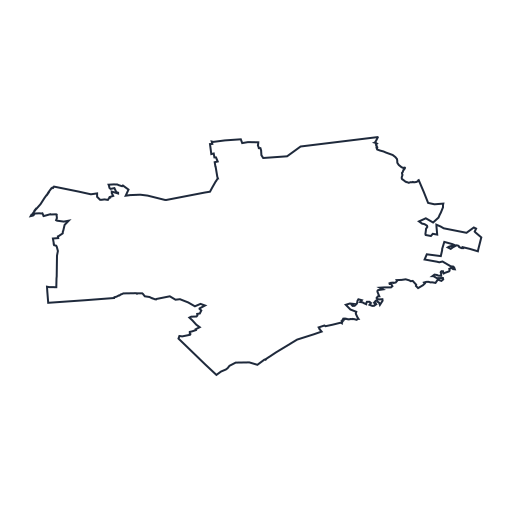 Umurgas pag., Limbaži, Latvia
{"feature_id": "27541924B87093232945567", "entity_name": "Umurgas pag.", "entity_type": "district", "adm_level": 2, "iso_a3": "LVA", "parent_name": "Latvia", "parent_adm1": "Limbaži", "projection": "natural_earth1", "projection_center": [24.943, 57.497], "detail": "fine", "context": "isolated", "style": "outline", "palette": "slate", "viewbox_px": 512, "rotation_deg": 0, "n_neighbors": 0, "source": "geoboundaries", "source_scale": "gbopen_adm2", "svg_char_len": 5965}
<svg xmlns="http://www.w3.org/2000/svg" viewBox="0 0 512 512"><path d="M463.0,248.1L462.8,247.2L469.9,248.9L477.9,251.3L478.3,249.2L481.3,237.4L475.4,232.4L474.7,231.6L476.1,228.6L473.8,227.5L466.5,232.8L443.7,228.3L440.6,226.5L436.4,224.7L436.5,226.9L437.2,234.6L432.8,233.8L430.9,236.0L425.7,235.0L425.4,234.0L425.9,230.4L426.0,228.9L427.3,226.9L427.0,225.7L424.6,224.2L423.6,223.9L422.2,223.7L419.0,221.4L425.8,218.3L433.1,222.5L438.5,217.6L439.7,214.8L440.8,212.7L443.0,207.3L443.0,204.9L443.3,203.6L434.5,204.3L428.1,202.9L423.9,192.3L418.7,180.1L418.3,180.3L417.8,181.3L416.2,182.0L414.2,182.3L413.0,182.0L412.9,182.2L412.2,182.1L411.9,182.3L410.6,182.2L408.7,182.8L407.3,182.2L406.2,182.1L406.0,181.8L404.9,181.3L403.8,180.3L403.5,180.2L402.9,179.6L402.5,179.5L401.9,178.9L401.7,177.9L401.8,177.1L402.5,174.9L402.1,173.9L402.0,172.9L402.7,172.1L403.2,170.6L403.6,170.1L403.6,169.7L404.1,169.4L404.7,168.6L405.0,167.9L404.9,167.7L404.5,167.6L403.2,167.9L402.4,167.6L401.4,167.1L398.8,165.0L397.5,163.1L397.3,162.5L397.2,160.2L397.0,159.5L397.0,159.1L395.4,157.1L392.7,155.0L385.8,152.5L383.6,151.5L379.9,150.5L377.2,149.5L377.0,149.1L376.9,148.5L376.5,147.8L376.7,147.6L377.2,147.6L377.3,147.3L376.6,146.2L376.6,145.8L376.2,145.6L376.4,145.0L376.3,144.8L376.3,144.2L375.9,144.0L375.9,143.8L376.7,143.5L376.0,143.0L374.7,142.6L375.6,142.2L375.6,141.9L375.5,141.6L376.1,140.7L377.8,137.3L377.6,137.1L300.6,146.5L287.1,156.3L263.2,158.0L261.4,155.2L261.1,150.4L260.4,148.1L258.8,148.1L258.5,146.8L257.9,145.5L258.2,143.7L258.3,142.3L248.0,142.1L242.2,143.1L240.8,139.3L224.9,140.4L213.3,141.9L211.7,141.5L212.3,143.9L210.0,144.1L211.3,154.1L213.7,153.5L214.4,157.4L216.0,157.4L217.7,161.5L214.7,162.2L215.4,166.5L215.6,166.6L217.3,176.8L217.9,178.4L217.7,178.4L216.0,181.2L215.8,181.3L212.2,187.6L210.8,190.2L210.0,191.7L205.0,192.5L166.1,200.0L164.8,199.9L147.6,195.6L140.3,194.7L130.2,195.1L125.7,195.7L128.5,189.6L122.9,185.5L122.1,186.2L118.8,185.2L117.3,184.5L113.6,184.4L108.6,184.7L108.9,185.4L109.4,187.6L109.6,188.1L110.6,188.9L114.4,188.1L116.3,192.1L118.1,192.7L118.1,193.5L111.8,191.6L111.9,192.1L111.7,192.8L111.8,193.2L113.2,195.9L109.8,197.0L110.0,197.7L109.1,198.0L107.9,199.9L104.5,199.4L101.6,199.8L100.1,199.8L97.1,196.8L97.1,193.4L90.9,194.3L78.7,191.6L54.0,186.6L53.1,187.9L52.4,187.6L51.7,188.4L51.4,188.3L48.3,192.5L47.9,193.2L48.2,193.2L46.8,195.2L46.5,195.2L44.6,197.8L40.5,204.2L36.5,208.7L36.1,208.6L34.9,210.1L35.2,210.2L31.6,215.1L31.3,215.0L30.7,216.1L32.9,215.6L33.6,215.2L34.3,214.0L35.3,213.5L39.2,213.3L41.6,213.5L42.4,213.3L43.2,215.0L43.4,215.9L43.6,216.1L50.4,214.2L50.8,214.5L56.1,214.3L56.7,214.6L56.6,215.1L56.9,218.1L56.1,220.2L57.1,220.7L63.8,221.6L68.7,220.7L64.6,224.9L63.2,230.9L62.9,231.3L62.7,233.4L58.5,236.2L57.9,236.4L58.2,238.1L52.9,238.5L54.0,244.6L53.9,244.6L54.1,245.2L56.2,245.7L56.8,246.9L57.9,251.0L57.0,255.6L56.7,276.4L56.5,278.5L56.3,287.2L49.1,287.1L47.0,286.7L47.3,291.5L48.2,302.8L85.5,300.2L114.2,298.0L114.4,297.2L116.5,296.7L118.9,295.4L119.4,295.5L121.0,294.3L121.4,294.3L123.4,293.4L136.1,293.2L136.9,293.7L137.2,293.3L142.2,293.3L142.9,293.9L144.8,296.3L149.5,297.0L152.1,298.3L152.2,298.2L155.0,299.3L156.1,299.4L156.3,299.0L169.8,296.3L175.5,299.7L180.0,299.2L181.2,299.7L188.1,302.4L194.9,306.3L200.5,303.9L205.0,305.5L199.6,308.4L199.5,308.8L201.3,310.5L199.8,313.5L197.2,313.9L197.4,315.5L196.5,316.5L191.2,316.7L189.4,317.6L192.4,320.4L196.3,324.7L199.7,327.2L195.6,329.3L195.9,330.1L192.0,331.4L189.8,331.9L189.8,333.6L190.4,334.1L190.0,334.8L182.2,336.4L179.4,336.0L178.5,338.6L205.4,364.6L216.4,374.9L221.1,371.5L225.9,369.5L227.6,368.2L229.5,365.8L235.7,362.6L249.3,362.4L257.4,364.8L264.3,359.7L264.7,359.5L265.4,359.5L265.6,359.7L265.9,359.5L266.0,359.3L265.8,359.1L276.3,352.2L297.1,339.6L313.8,334.3L321.6,331.6L319.4,328.9L319.5,328.7L318.7,327.4L324.4,325.5L325.5,326.2L332.6,324.7L340.6,322.7L341.7,323.2L341.6,322.7L342.1,322.5L342.0,321.9L342.3,321.6L342.1,321.6L341.8,321.0L342.4,320.8L342.2,320.6L342.3,320.3L342.7,320.2L342.7,319.9L343.1,319.7L343.5,319.1L343.1,319.0L343.2,318.7L343.9,318.6L344.2,319.1L344.5,319.3L344.8,319.0L345.3,318.9L345.1,318.6L345.4,318.6L345.7,318.9L346.2,318.8L346.7,319.0L346.9,318.9L347.4,319.2L348.7,319.4L349.0,319.2L349.8,319.3L350.5,319.0L351.7,319.1L352.5,318.9L353.0,319.2L353.7,319.0L356.6,319.8L358.0,318.9L358.5,318.9L357.4,317.2L356.0,314.2L355.8,313.3L355.9,313.2L356.3,311.8L350.4,309.5L345.8,304.8L349.9,303.5L353.4,303.9L351.8,305.0L352.6,305.9L354.6,305.8L356.7,303.8L357.1,303.0L357.5,300.8L358.4,299.3L361.8,300.2L360.2,302.0L362.6,302.4L363.9,303.2L366.2,304.2L366.4,302.8L366.9,301.8L369.5,301.8L370.9,303.0L369.5,304.8L372.3,305.9L374.1,305.8L376.0,304.4L375.0,303.8L375.6,303.2L374.2,302.6L375.8,300.7L377.3,300.9L377.9,301.9L379.1,302.7L379.9,304.9L382.6,300.7L382.4,299.2L379.4,299.4L377.1,299.0L376.6,298.0L377.7,296.5L379.3,296.3L377.6,292.2L377.4,291.3L377.6,290.6L378.1,290.1L382.9,289.4L379.8,287.7L384.3,287.4L391.0,287.4L392.4,286.2L391.2,284.0L389.7,284.0L389.5,283.3L390.8,282.8L393.1,282.6L393.4,283.0L395.7,282.5L397.0,281.0L396.6,280.1L401.6,279.9L405.7,279.3L409.4,280.4L410.7,281.2L412.7,280.9L416.2,284.7L415.9,285.9L418.1,288.1L423.0,285.2L424.9,283.4L424.1,282.5L426.2,281.9L428.3,281.8L430.6,282.4L432.1,282.3L435.5,282.9L437.8,279.6L441.4,280.9L443.2,279.4L442.9,278.0L437.0,278.2L433.3,276.1L432.5,276.1L434.5,274.6L437.0,275.0L438.1,275.6L441.2,275.8L441.1,273.2L440.7,272.3L440.9,271.8L441.5,271.2L443.0,271.3L443.1,272.7L443.7,273.5L444.7,272.9L449.0,271.4L449.6,270.7L449.3,268.8L451.6,267.9L453.0,269.1L454.8,269.3L454.2,267.6L453.3,266.6L450.7,266.3L442.5,261.5L439.3,262.3L436.9,261.7L424.6,259.5L426.8,254.3L440.8,256.1L442.1,250.4L442.2,248.8L444.3,241.9L452.3,244.1L454.0,244.8L453.1,245.6L451.8,246.2L451.3,246.0L449.0,246.7L447.8,247.4L450.7,248.9L452.7,247.4L456.6,245.3L458.5,245.8L459.2,246.7L459.2,247.1L461.5,248.1L463.0,248.1Z" fill="none" stroke="#1e293b" stroke-width="2"/></svg>